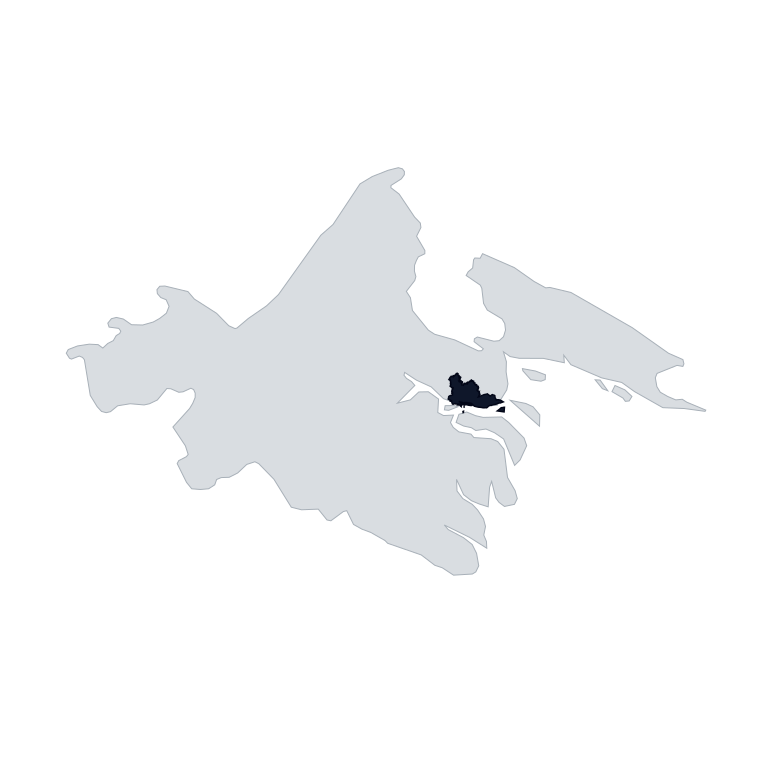 Lakshmipur, Chittagong, Bangladesh (highlighted), rotated 307°
{"feature_id": "16705992B31973889793084", "entity_name": "Lakshmipur", "entity_type": "district", "adm_level": 2, "iso_a3": "BGD", "parent_name": "Bangladesh", "parent_adm1": "Chittagong", "projection": "albers", "projection_center": [90.887, 22.836], "detail": "fine", "context": "in_parent", "style": "filled", "palette": "ink", "viewbox_px": 768, "rotation_deg": 307, "n_neighbors": 0, "source": "geoboundaries", "source_scale": "gbopen_adm2", "svg_char_len": 9530}
<svg xmlns="http://www.w3.org/2000/svg" viewBox="0 0 768 768"><g transform="rotate(307 384 384)"><path d="M269.8,533.7L269.9,516.6L259.0,482.8L259.6,479.1L257.5,462.8L254.8,453.8L253.5,444.2L260.4,430.5L257.7,428.3L242.8,423.9L241.1,420.3L244.5,406.8L233.9,393.8L229.8,384.1L241.7,353.4L245.0,331.9L244.2,327.7L237.2,322.8L224.9,320.7L216.3,316.5L211.3,310.3L207.0,307.8L201.6,309.5L194.8,307.0L189.3,300.9L184.6,293.5L186.6,285.5L196.0,266.7L199.3,266.2L207.0,269.9L209.9,270.0L215.1,262.6L222.6,241.3L247.4,243.5L253.4,242.9L259.6,241.3L263.1,238.7L265.0,235.3L264.4,232.3L256.8,228.2L253.9,225.1L251.9,216.6L249.7,213.3L234.8,212.6L227.1,208.6L222.9,205.0L215.5,193.2L206.3,184.4L197.3,182.2L193.9,179.4L192.1,174.9L193.3,168.5L198.1,156.3L223.1,130.1L223.8,127.2L222.9,123.8L215.8,119.4L215.3,117.3L217.4,111.7L221.5,111.1L229.9,116.3L238.4,124.6L243.4,132.0L243.5,137.8L250.2,139.0L255.7,141.7L261.5,141.0L265.3,142.5L267.8,142.0L268.8,138.7L264.0,130.2L266.4,126.8L272.1,127.0L276.1,130.2L279.0,136.7L279.4,146.7L285.9,155.8L294.6,162.4L301.4,165.4L309.6,167.6L316.7,165.6L320.2,159.3L318.7,153.7L319.8,148.6L322.7,145.9L327.1,146.1L330.4,150.1L339.8,171.8L337.7,181.4L339.7,207.7L337.1,225.0L338.6,231.7L340.2,232.9L354.7,236.2L375.8,243.2L391.9,245.9L464.8,244.0L480.7,247.3L529.4,244.4L542.7,249.8L557.2,258.7L565.4,265.3L566.9,269.2L566.0,272.4L563.3,274.3L558.3,274.4L546.8,270.1L544.9,271.4L544.8,281.8L535.7,308.0L534.4,316.1L531.2,319.3L521.6,321.1L515.2,336.3L512.6,338.2L506.2,334.9L502.3,335.5L497.3,336.9L492.4,340.4L489.0,344.8L485.1,346.3L471.4,346.1L468.8,353.2L459.8,362.5L453.7,387.0L454.2,394.5L461.8,414.0L467.2,439.4L469.3,441.9L471.9,442.2L472.0,430.5L474.5,429.0L477.7,430.3L484.3,446.0L487.9,449.9L493.7,451.0L500.2,448.6L505.0,444.0L507.0,439.0L505.2,422.0L508.3,415.0L519.3,404.5L520.9,401.4L520.1,384.3L524.3,383.7L530.0,385.0L537.1,380.8L539.3,380.7L542.3,385.1L547.4,384.3L555.4,418.1L556.2,442.1L558.1,455.3L560.9,458.3L569.6,478.2L578.4,548.3L579.8,592.8L583.4,608.0L580.6,611.4L577.9,612.1L575.2,606.8L556.8,595.7L552.3,596.9L546.1,603.5L543.7,609.6L544.8,618.2L546.9,626.6L551.3,631.4L551.7,636.7L556.8,656.7L555.4,656.9L545.2,638.7L532.9,620.9L528.7,588.7L528.3,572.9L519.9,554.2L511.9,521.7L515.2,510.2L509.5,515.2L500.3,495.7L486.0,476.7L481.8,468.2L481.6,460.0L475.5,468.3L467.2,474.2L458.7,482.9L453.1,485.6L435.2,487.2L424.9,475.5L410.1,446.8L408.1,440.4L410.1,423.5L406.6,407.5L405.7,393.5L403.0,394.7L402.0,398.6L402.5,404.5L401.4,409.5L376.7,406.2L387.2,414.6L398.6,416.6L404.5,424.1L404.8,436.6L393.6,444.1L394.6,450.5L401.0,458.2L393.2,460.3L391.0,465.4L390.8,472.6L396.3,483.6L395.3,488.0L404.7,502.4L406.5,509.4L404.1,519.1L383.7,538.9L377.7,552.9L372.7,559.4L366.4,560.6L358.7,553.9L358.7,547.1L360.3,541.7L371.0,528.6L365.2,530.4L348.6,541.1L345.5,532.3L343.4,524.1L343.5,514.2L351.5,499.3L342.5,506.7L339.9,516.0L341.0,526.9L339.7,534.6L336.1,544.7L331.3,550.8L323.4,554.6L319.9,560.6L314.7,564.9L313.0,544.5L307.7,517.0L306.4,522.9L309.1,539.9L308.9,551.0L304.5,559.8L295.8,569.1L289.2,570.4L285.4,568.9L273.2,554.6L272.3,541.1L269.8,533.7ZM420.6,535.1L405.3,538.4L397.6,537.3L412.1,512.6L411.6,501.6L409.4,492.5L402.1,485.3L401.7,480.1L398.4,473.0L396.7,464.7L404.9,462.1L411.4,466.9L413.8,476.2L417.0,483.3L428.5,497.8L428.3,506.7L425.1,528.4L420.6,535.1ZM453.1,527.0L443.9,533.6L446.9,494.5L453.8,509.0L455.5,516.8L453.1,527.0ZM488.5,507.4L484.5,510.1L480.7,507.7L475.8,498.6L478.1,487.0L479.6,485.3L485.5,497.1L488.5,507.4ZM523.3,589.5L518.0,590.0L515.4,587.2L516.6,583.3L515.1,570.7L521.8,569.4L524.3,579.9L523.3,589.5ZM517.2,554.2L513.3,566.8L511.7,561.2L514.4,550.1L517.2,554.2ZM408.8,452.7L410.4,456.8L401.9,451.5L399.7,447.8L403.5,445.9L408.8,452.7Z" fill="#d9dde1" stroke="#a8b0b8" stroke-width="1"/><path d="M409.2,450.7L409.5,451.4L410.0,451.8L410.5,451.9L411.2,452.6L411.6,453.5L413.0,455.9L413.4,456.4L414.7,458.9L414.9,459.0L414.6,458.5L415.1,459.1L415.2,459.5L415.7,460.6L416.1,460.7L416.3,460.5L415.7,459.5L416.0,459.8L416.2,460.2L416.4,460.4L416.5,460.3L416.9,459.7L416.7,460.1L416.8,460.1L417.0,459.6L416.1,458.6L415.5,457.2L415.5,456.5L415.1,455.5L415.2,454.9L415.3,454.9L415.3,455.5L416.1,456.7L416.8,458.5L417.4,459.4L417.9,459.7L419.1,461.4L419.8,463.4L419.9,463.5L420.1,463.4L420.9,464.8L421.1,465.5L421.1,466.9L420.7,468.7L420.7,469.6L421.3,471.0L422.2,473.1L423.8,475.7L424.6,477.4L426.4,479.7L426.6,480.1L427.0,480.4L428.3,480.7L429.2,480.7L430.4,481.3L431.0,481.8L431.4,482.5L433.0,483.5L435.2,485.6L437.5,486.9L438.3,487.6L438.7,488.2L441.5,490.0L441.2,487.0L441.0,486.3L440.2,484.7L439.5,483.8L438.9,483.3L440.0,480.8L441.4,479.5L441.4,478.9L440.9,477.7L440.8,477.0L440.1,476.6L438.3,476.1L438.3,472.4L437.8,472.2L435.6,470.2L434.9,469.9L432.5,468.3L431.4,467.9L430.4,467.1L432.0,466.9L432.2,466.6L433.1,466.8L433.6,466.8L433.7,465.9L434.0,465.4L434.4,465.5L434.6,465.3L434.7,465.0L434.6,464.8L434.7,464.5L434.9,464.7L435.2,464.6L434.9,464.4L435.2,463.9L435.1,463.5L434.7,462.8L435.0,462.2L435.3,462.5L435.5,462.4L436.0,462.5L436.1,462.3L435.9,462.3L435.9,462.2L436.1,461.9L436.3,461.9L436.2,462.0L436.9,461.8L437.2,462.0L437.3,461.9L437.6,461.8L437.5,461.6L437.8,461.5L437.7,461.3L437.9,461.2L438.5,461.0L438.7,460.7L438.6,460.3L438.7,460.2L438.4,459.9L438.3,459.4L438.8,458.7L439.0,458.7L439.1,458.3L438.7,458.2L438.4,457.7L438.6,457.5L438.8,457.4L438.8,457.2L438.4,457.3L438.3,457.2L438.5,456.7L438.9,456.4L438.9,455.8L439.2,455.8L439.0,455.5L439.2,455.3L438.9,455.1L439.0,454.9L439.5,454.5L439.7,454.1L439.9,454.0L439.7,453.8L439.8,453.6L439.7,453.5L440.0,453.4L440.0,453.1L439.8,453.1L439.5,452.9L439.5,452.7L439.8,452.6L439.6,452.0L439.8,451.4L439.3,451.2L438.9,451.3L438.7,451.9L438.4,451.4L438.1,451.4L438.0,451.2L437.9,450.8L437.6,450.7L437.4,450.8L437.4,451.1L437.0,451.2L436.7,450.9L436.4,450.5L435.7,450.4L435.8,450.1L436.0,450.0L435.9,449.8L435.7,449.8L435.5,449.6L435.4,449.5L435.1,449.4L435.0,449.6L435.1,449.9L434.9,449.9L435.0,450.2L434.9,450.2L434.5,450.2L434.3,450.5L434.1,450.5L434.1,449.8L433.8,449.4L433.5,449.3L433.6,449.0L433.5,448.7L432.9,448.6L432.9,448.3L433.2,448.3L433.0,447.9L432.9,447.9L432.9,448.1L432.6,448.1L432.4,447.9L431.7,447.9L431.0,448.1L431.0,447.9L430.7,447.9L430.6,447.2L430.1,446.8L430.5,446.5L430.7,445.9L430.9,445.9L431.0,445.6L431.8,446.0L431.8,445.7L431.7,445.4L431.8,445.3L432.4,445.3L432.7,445.5L432.9,445.3L432.8,444.9L432.5,445.0L432.1,444.3L432.1,443.8L431.3,443.4L431.1,442.5L431.8,442.4L431.9,442.5L432.1,442.8L432.3,443.0L432.9,443.1L432.8,442.6L432.6,442.4L432.6,442.1L432.3,442.1L432.2,441.7L432.7,441.9L432.7,441.6L433.1,441.6L433.3,441.9L433.8,441.7L433.9,440.7L434.7,441.4L434.8,441.4L434.9,441.2L435.2,441.2L435.1,440.9L435.3,440.8L435.1,440.7L435.1,440.2L434.8,440.1L434.8,439.7L435.1,439.5L435.1,439.2L435.5,439.2L435.4,438.7L435.9,438.6L435.9,437.7L435.8,437.4L436.0,437.3L436.1,437.0L436.6,436.9L436.5,436.7L436.6,436.2L436.3,436.2L436.1,435.6L435.9,435.5L435.2,435.5L434.9,435.7L434.7,435.7L434.3,435.7L434.2,435.5L434.0,435.4L433.6,435.6L433.3,435.5L433.3,435.3L433.2,435.2L432.3,435.3L432.3,435.1L432.5,435.1L432.4,434.5L432.2,434.6L432.2,434.8L431.4,434.9L431.5,434.7L431.4,434.0L431.1,433.8L430.5,433.0L429.9,433.1L429.6,433.2L429.4,432.9L428.6,433.0L428.5,432.9L427.9,433.1L427.5,433.4L427.3,433.3L427.3,433.5L427.1,433.4L426.8,433.6L426.6,433.5L426.6,434.0L426.7,434.5L427.0,434.7L426.8,435.0L426.4,435.2L426.1,435.4L425.9,435.7L425.7,435.8L425.7,436.2L425.0,436.5L424.9,436.7L424.4,436.7L424.1,437.0L424.1,437.6L423.9,437.7L423.1,437.8L422.2,438.1L422.4,438.4L422.0,439.0L422.1,439.5L421.9,440.4L422.0,440.4L422.0,440.6L421.9,440.9L421.7,441.2L421.8,441.2L421.8,441.4L422.0,441.5L421.7,441.6L421.7,441.8L422.0,441.7L421.9,441.9L421.5,441.9L421.4,442.0L421.1,442.0L420.6,441.9L420.3,442.1L419.9,442.0L419.6,442.3L419.1,442.5L419.0,442.8L418.4,442.9L418.2,443.3L418.6,443.4L418.6,443.6L418.3,443.6L418.0,444.0L417.6,444.0L417.8,444.3L417.4,444.4L416.6,445.3L416.3,445.2L414.5,443.8L413.3,443.3L412.8,443.3L411.4,444.1L411.1,444.1L410.9,444.3L410.6,444.4L411.0,446.3L410.7,446.6L410.3,446.9L410.2,447.0L410.4,447.3L411.1,447.5L411.3,447.8L410.5,448.0L410.7,448.5L409.2,450.7ZM434.0,496.7L437.9,494.2L437.1,493.3L436.0,492.5L435.9,492.2L435.7,491.9L435.2,491.8L433.2,491.4L430.7,490.7L434.0,496.7ZM418.9,462.4L418.5,461.2L417.9,461.6L417.6,461.5L417.4,462.1L417.1,462.4L418.0,464.4L418.3,464.8L418.7,464.8L419.1,464.6L420.5,465.4L420.3,464.8L419.6,464.0L419.2,463.3L418.9,462.4ZM420.0,467.2L420.1,466.4L420.4,465.9L420.3,465.3L419.2,464.7L418.4,465.1L419.0,466.2L419.8,467.2L420.0,467.2ZM417.8,461.5L418.4,461.1L417.8,460.3L417.7,460.1L417.3,459.9L416.7,461.2L416.8,461.8L417.0,462.2L417.4,462.0L417.6,461.4L417.8,461.5ZM412.5,458.4L412.5,459.1L412.8,458.8L413.2,458.7L413.4,458.8L413.6,458.7L413.1,458.5L413.0,458.3L412.5,458.4ZM409.0,464.6L409.4,464.3L409.6,463.9L409.8,464.1L410.1,463.9L409.6,463.6L409.2,464.0L409.2,464.4L408.9,464.5L409.0,464.6ZM412.8,456.9L412.4,456.2L411.9,455.7L412.1,456.3L412.3,456.5L412.6,457.0L412.8,456.9ZM416.0,457.7L416.0,457.0L415.7,456.6L415.6,457.3L415.8,457.7L416.0,457.7ZM416.8,459.1L416.1,457.9L415.9,457.8L416.3,458.7L416.8,459.1ZM411.9,455.7L411.5,455.1L411.0,454.6L411.1,454.9L411.9,455.7ZM416.0,461.3L415.8,460.9L415.5,460.7L415.8,461.2L416.0,461.3ZM415.1,460.0L414.9,459.3L414.8,459.2L415.0,459.9L415.1,460.0ZM411.3,453.2L411.1,452.6L410.9,452.5L411.0,453.0L411.3,453.2ZM413.9,461.9L414.0,461.7L413.8,461.7L413.8,461.9L413.9,461.9ZM412.9,457.1L412.9,456.9L412.9,457.1Z" fill="#0f172a" stroke="#020617" stroke-width="1.5"/></g></svg>